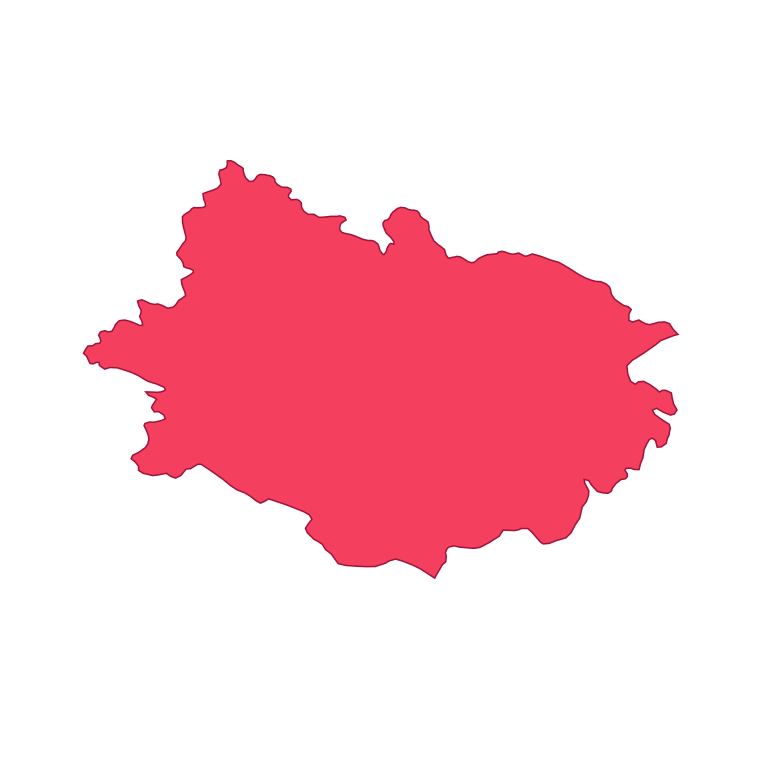 outline of Pyetrykaw, Gomel, Belarus, rotated 213°
{"feature_id": "67162791B78152292733501", "entity_name": "Pyetrykaw", "entity_type": "district", "adm_level": 2, "iso_a3": "BLR", "parent_name": "Belarus", "parent_adm1": "Gomel", "projection": "equal_earth", "projection_center": [28.643, 52.294], "detail": "fine", "context": "isolated", "style": "filled", "palette": "rose", "viewbox_px": 768, "rotation_deg": 213, "n_neighbors": 0, "source": "geoboundaries", "source_scale": "gbopen_adm2", "svg_char_len": 5823}
<svg xmlns="http://www.w3.org/2000/svg" viewBox="0 0 768 768"><g transform="rotate(213 384 384)"><path d="M342.4,567.2L343.4,566.1L346.3,563.2L348.1,562.3L351.2,561.3L354.9,560.5L357.3,559.6L360.0,556.9L360.0,555.0L364.9,551.0L367.8,548.7L369.7,546.2L371.3,543.7L373.0,540.8L373.6,538.3L374.4,535.6L376.5,533.5L379.9,532.4L383.2,532.4L387.7,532.4L390.0,531.9L392.3,530.8L393.9,529.0L396.0,527.1L397.4,525.4L399.0,524.7L402.1,525.9L404.4,527.8L406.4,529.7L410.9,530.2L414.6,530.3L420.4,531.3L425.3,534.3L430.4,537.9L431.9,540.5L435.2,543.8L437.6,544.1L441.7,544.0L445.0,544.5L447.1,546.4L450.3,547.2L453.4,546.2L455.5,544.8L459.2,543.5L462.2,543.2L466.1,541.3L468.4,538.4L469.2,535.9L470.2,533.0L470.5,529.7L469.8,526.8L470.4,523.6L472.5,521.4L472.5,518.4L470.9,516.3L467.8,514.0L464.4,511.8L458.1,510.6L453.0,508.7L452.0,506.6L454.9,505.6L455.5,504.0L455.5,500.6L455.0,498.4L454.2,495.6L454.6,492.4L456.6,492.4L460.2,493.8L463.7,496.9L465.5,498.1L470.1,498.4L472.7,497.5L475.5,495.7L480.3,493.9L487.3,492.6L492.3,491.5L495.3,490.4L499.0,489.0L502.0,488.2L505.3,489.5L507.1,492.7L507.5,495.2L506.2,498.5L505.1,500.9L507.6,502.5L512.6,501.0L514.7,499.0L519.8,495.7L523.1,493.0L526.4,490.4L529.4,488.3L535.1,488.2L540.2,484.9L545.2,485.3L547.9,486.4L549.5,487.6L551.2,489.8L552.3,491.0L554.9,491.7L557.7,491.3L559.9,489.6L562.1,487.9L565.8,488.8L567.1,490.5L566.8,494.9L568.3,496.7L572.2,496.3L574.2,495.0L577.1,493.3L580.0,493.3L583.1,493.4L585.8,494.5L587.2,496.2L589.8,497.1L593.1,496.6L596.1,495.3L598.7,494.2L601.6,492.6L602.9,491.1L603.7,488.8L603.6,485.6L604.4,482.6L607.3,480.6L612.1,481.4L615.3,483.5L618.2,486.1L619.5,488.1L622.4,488.3L626.6,488.1L630.0,488.6L632.8,488.1L634.2,487.8L637.0,485.7L634.8,482.5L634.1,479.5L636.0,476.1L638.0,474.3L637.6,471.9L636.7,469.9L632.5,466.2L629.6,462.9L630.2,457.8L633.1,453.3L635.6,450.3L639.5,445.1L636.3,441.2L632.1,438.0L630.5,435.7L632.1,433.3L634.6,431.5L637.0,429.8L639.5,428.5L640.7,426.3L640.8,424.6L641.1,423.1L641.6,421.8L642.8,419.4L643.8,416.8L644.2,414.5L642.9,412.7L641.0,409.8L637.1,405.9L633.6,402.7L629.8,399.2L628.5,396.0L629.1,392.3L629.1,386.2L629.4,381.5L627.8,379.3L621.7,377.8L618.5,376.1L615.9,373.4L613.7,373.6L608.9,375.1L606.0,375.3L604.7,373.9L606.0,370.2L607.6,366.7L609.2,364.0L610.8,361.1L607.9,357.6L604.4,354.9L600.8,352.4L598.6,350.0L599.9,346.3L601.8,342.1L601.8,337.7L602.4,334.0L606.5,329.8L612.9,329.1L617.4,327.9L619.6,325.9L623.5,324.2L629.2,323.4L633.1,322.7L635.9,319.3L631.8,315.8L627.6,313.4L626.3,310.4L625.7,307.5L621.2,304.8L618.6,302.1L620.5,300.1L625.3,299.4L630.5,298.4L635.6,296.7L637.5,295.5L640.4,293.0L641.0,291.1L641.6,287.4L641.0,284.4L641.0,280.0L643.5,277.6L647.3,276.6L650.2,273.2L649.9,269.5L647.3,268.0L644.8,265.8L644.7,263.4L647.9,260.7L649.2,257.3L653.0,254.6L653.1,250.6L652.8,246.1L652.5,246.1L648.6,245.4L644.9,243.0L641.7,241.1L639.0,242.4L636.8,245.7L634.7,246.8L632.9,244.6L626.4,244.3L622.9,248.5L616.5,252.3L610.6,254.0L606.3,255.1L603.0,256.0L595.9,257.1L592.4,257.4L588.5,257.4L583.6,257.7L578.7,259.0L574.6,260.2L569.5,261.0L566.8,261.5L564.4,260.4L564.4,258.8L567.0,255.7L569.7,253.5L575.0,250.4L579.5,247.6L575.4,246.3L570.0,247.3L566.5,247.3L566.5,244.3L566.5,239.3L566.0,237.4L561.5,235.5L558.0,238.1L552.0,238.1L548.5,235.8L550.5,232.4L556.0,226.7L560.0,224.4L563.0,220.6L562.5,218.3L558.5,216.0L554.0,212.9L551.0,209.5L549.5,204.9L549.5,200.7L552.0,194.3L552.9,192.4L555.9,187.4L555.4,183.6L550.4,183.2L544.9,181.3L542.9,177.9L537.5,177.9L528.0,181.3L523.5,185.1L518.0,190.5L512.0,190.5L507.5,191.6L504.6,196.6L504.1,200.4L503.6,204.9L500.1,207.6L498.6,211.0L496.6,215.2L493.6,217.1L487.1,217.1L476.6,216.8L467.1,216.4L456.7,215.2L449.7,215.2L441.7,216.8L434.7,217.1L428.2,216.4L422.7,216.8L420.2,220.6L418.2,224.8L412.7,226.3L406.7,227.8L399.3,229.7L389.8,231.6L381.8,233.2L375.3,233.6L370.8,231.3L371.3,225.9L371.3,220.2L367.3,217.5L358.3,215.6L353.8,216.0L348.4,216.0L342.9,213.3L335.4,212.7L329.8,210.4L324.5,208.4L317.1,211.1L308.2,216.0L299.3,221.2L291.9,226.2L285.0,234.8L283.5,238.2L279.0,243.5L271.1,245.8L261.7,247.7L252.8,248.8L244.0,248.8L235.7,248.8L236.0,251.4L236.3,257.8L236.6,264.6L235.3,268.3L237.9,273.4L240.7,276.1L241.4,280.3L240.7,282.7L237.2,286.4L231.7,288.4L225.7,291.6L219.3,295.0L214.8,298.9L211.9,303.8L209.0,309.2L207.1,313.6L204.5,319.0L204.5,326.4L198.7,329.8L194.5,332.3L191.6,335.2L190.0,337.7L184.6,341.1L179.0,340.2L172.8,338.4L166.5,336.6L163.4,336.6L158.7,340.2L154.0,346.8L147.7,354.0L146.1,361.2L146.9,369.6L146.8,378.0L150.8,388.9L150.2,395.5L151.8,401.9L154.0,405.9L161.7,410.3L164.2,413.0L159.7,414.5L155.2,412.3L146.6,410.1L141.8,411.6L136.7,414.3L135.0,417.7L135.7,421.4L135.3,426.6L133.4,432.8L129.9,436.0L129.5,439.0L131.1,441.2L135.0,442.9L134.9,445.4L130.8,447.9L127.6,448.6L123.4,451.1L125.6,457.0L126.6,462.9L130.1,470.6L131.0,476.8L131.3,481.8L129.7,484.5L125.5,484.5L122.6,481.8L120.4,479.8L117.2,482.3L114.9,487.9L116.5,491.9L117.2,496.6L118.7,499.7L119.7,502.8L122.7,505.5L128.7,505.5L133.7,505.5L140.2,505.9L144.7,508.2L142.2,512.1L134.2,512.5L126.7,514.0L124.1,517.1L124.1,521.8L130.1,524.9L134.6,529.1L138.1,533.0L144.1,532.2L147.1,530.3L148.6,527.2L153.2,528.0L160.7,528.3L167.7,527.6L171.7,524.5L173.2,520.6L178.7,520.6L184.7,524.9L190.2,531.5L188.7,539.2L186.2,544.3L182.6,552.4L180.1,558.6L177.6,564.8L175.6,571.1L173.1,574.6L167.1,582.8L164.4,585.7L171.5,587.4L177.5,590.1L182.5,588.9L187.6,585.1L189.6,582.7L193.6,578.4L197.6,576.9L202.1,576.5L205.1,576.5L209.2,571.4L213.2,570.7L216.7,576.1L217.2,581.2L221.2,581.9L225.7,580.4L230.7,580.4L236.7,580.8L242.2,583.1L245.2,586.2L247.7,588.2L252.7,588.9L258.2,587.8L262.3,585.4L266.8,583.9L272.3,582.7L279.8,581.9L289.3,581.9L297.9,581.6L303.9,581.2L311.4,578.8L321.9,576.5L330.5,573.8L333.5,569.5L335.5,567.9L342.4,567.2Z" fill="#f43f5e" stroke="#9f1239" stroke-width="1.5"/></g></svg>